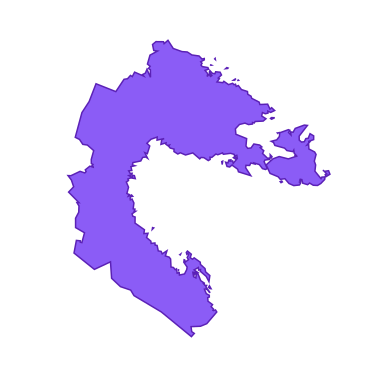 Zamboanga Sibugay, Zamboanga Sibugay, Philippines (Robinson projection), rotated 286°
{"feature_id": "2640588B82865823535715", "entity_name": "Zamboanga Sibugay", "entity_type": "district", "adm_level": 2, "iso_a3": "PHL", "parent_name": "Philippines", "parent_adm1": "Zamboanga Sibugay", "projection": "robinson", "projection_center": [122.765, 7.61], "detail": "fine", "context": "isolated", "style": "filled", "palette": "violet", "viewbox_px": 384, "rotation_deg": 286, "n_neighbors": 0, "source": "geoboundaries", "source_scale": "gbopen_adm2", "svg_char_len": 6129}
<svg xmlns="http://www.w3.org/2000/svg" viewBox="0 0 384 384"><g transform="rotate(286 192 192)"><path d="M56.7,233.2L57.7,230.2L62.3,228.2L65.3,237.2L69.5,242.5L83.5,248.9L85.1,247.1L84.0,245.5L84.0,244.8L85.4,244.9L87.0,242.0L89.4,242.8L91.4,237.5L94.8,236.2L95.8,237.6L97.5,237.1L98.2,233.8L102.0,230.7L102.7,232.0L102.1,234.0L100.4,236.3L100.2,237.2L104.7,231.4L106.2,231.8L105.9,230.1L107.3,228.0L107.7,228.1L107.7,229.0L107.8,229.0L109.2,224.8L115.0,220.3L114.6,218.7L110.5,219.4L111.0,216.9L115.1,214.9L116.3,219.5L117.7,215.5L121.2,218.9L118.8,219.9L119.8,221.6L118.1,221.8L114.8,228.9L110.5,233.0L116.6,232.2L119.0,227.1L122.0,225.6L124.7,220.1L126.8,219.3L129.3,212.2L127.6,211.1L128.3,208.4L132.0,208.5L134.0,203.9L132.3,203.2L130.7,204.2L131.8,205.0L130.9,206.1L127.7,205.4L126.0,207.3L123.0,205.0L124.7,203.7L124.7,203.1L122.2,203.5L118.5,208.0L115.9,208.3L111.2,207.4L108.7,202.8L111.0,201.9L109.9,200.1L113.8,198.3L112.7,197.3L114.3,195.0L114.1,192.5L121.7,189.9L123.1,188.0L123.2,184.0L128.6,184.1L124.3,180.4L126.4,178.7L126.1,175.8L131.0,173.2L130.8,171.2L132.8,170.4L131.3,166.9L133.4,166.0L135.7,160.9L140.2,161.1L138.8,157.2L142.6,156.7L146.4,145.8L152.3,144.2L152.4,141.8L154.5,140.4L158.0,143.2L157.7,141.7L159.8,141.9L159.6,140.1L165.4,139.2L168.7,136.3L167.5,134.9L168.8,134.3L170.5,134.2L171.5,136.2L172.5,134.7L170.4,131.9L172.3,132.3L172.6,129.8L179.1,129.7L183.5,126.1L185.5,127.8L186.8,126.8L188.7,129.3L189.2,133.8L191.9,132.1L191.6,130.0L189.4,130.8L190.4,126.8L191.8,129.3L193.5,129.3L192.8,127.5L194.9,125.3L196.1,128.2L199.5,126.3L201.5,129.8L201.6,127.3L204.0,127.1L207.7,134.2L211.6,135.0L212.9,137.9L212.2,140.0L216.8,135.8L216.5,138.5L224.6,138.7L226.4,135.2L231.4,138.0L235.2,143.4L232.2,144.1L235.7,150.5L233.9,148.5L229.2,149.0L232.1,153.5L230.8,153.6L229.9,155.8L230.9,157.4L229.5,157.0L228.2,159.0L228.3,162.9L225.9,163.5L224.6,167.9L226.5,170.0L225.8,175.6L229.8,182.0L226.0,190.3L227.7,191.2L228.3,194.0L226.7,199.0L228.3,200.5L230.4,199.7L230.7,201.5L235.1,204.5L234.9,206.5L238.0,210.6L236.9,211.7L239.8,218.4L239.8,222.1L238.5,223.0L239.6,225.0L236.7,226.3L230.9,223.7L233.1,222.5L232.2,220.3L233.6,220.4L232.8,218.6L229.8,218.5L229.9,216.1L226.2,218.6L226.4,221.3L228.9,223.0L226.5,229.6L224.2,231.1L223.9,244.0L230.1,236.9L232.5,236.5L233.4,240.1L236.1,240.6L236.2,244.6L237.0,243.8L236.9,249.2L233.9,253.3L233.9,256.5L235.3,257.8L241.1,252.9L242.8,253.3L244.4,256.9L248.5,249.2L251.5,249.6L253.4,245.4L254.6,246.7L255.8,244.1L255.2,238.2L250.6,236.6L249.3,233.5L251.1,231.2L258.4,229.8L259.6,218.3L264.7,216.3L270.0,219.0L272.8,223.9L272.4,227.8L274.0,231.4L275.5,231.0L275.5,232.8L277.2,233.3L279.8,240.9L282.8,242.9L284.3,238.0L287.8,237.8L287.4,240.9L288.8,243.3L290.6,242.6L290.2,245.7L293.1,249.0L295.0,245.3L293.2,244.1L297.3,240.5L294.8,233.1L296.9,231.8L298.5,223.6L300.4,222.3L301.3,218.7L303.9,217.6L304.1,211.3L307.1,207.2L305.7,205.4L307.6,204.1L306.7,202.8L307.7,201.1L305.3,197.5L307.2,192.1L305.6,191.5L304.7,185.7L308.5,187.1L308.8,185.8L312.6,188.1L314.9,186.0L314.1,181.6L312.0,181.4L311.7,178.9L313.6,175.8L312.0,175.6L309.4,179.0L308.2,178.0L309.8,176.0L307.2,174.7L310.0,174.6L312.5,171.0L314.6,174.1L316.0,173.0L315.4,167.3L316.5,165.7L318.5,166.2L319.6,164.5L322.4,167.4L323.7,167.0L322.6,164.9L324.7,161.3L323.7,154.1L325.3,148.9L324.2,143.6L324.8,134.4L331.2,127.1L326.9,124.3L328.6,123.2L326.6,115.9L322.9,113.4L317.5,116.2L318.0,120.0L312.0,113.9L302.7,113.9L301.3,117.1L298.7,116.1L298.1,118.3L290.8,120.5L297.5,114.9L293.4,114.4L291.3,112.1L290.1,113.7L291.4,103.8L286.5,102.8L287.1,100.7L283.1,98.8L281.6,95.6L267.5,91.1L269.6,69.9L250.6,68.2L238.0,64.3L212.4,64.7L211.5,69.4L207.7,73.9L208.3,78.5L204.7,86.1L195.5,86.2L191.6,87.4L191.2,89.2L189.5,88.5L189.4,89.8L188.6,90.2L188.7,86.7L183.9,83.3L182.4,84.6L180.8,83.7L181.0,78.7L174.3,71.1L173.6,68.3L170.2,72.8L164.4,76.8L157.9,73.4L150.6,86.3L150.1,84.3L147.4,87.2L141.3,88.7L134.7,87.3L125.7,89.9L123.2,99.9L113.0,100.1L112.9,98.5L114.3,98.1L113.6,94.2L100.8,95.4L90.7,119.5L102.4,132.9L86.9,138.5L81.3,149.3L80.8,160.1L76.4,164.8L68.3,195.4L52.8,231.3L56.7,233.2ZM265.5,259.1L262.6,254.2L262.1,256.7L259.6,258.8L259.7,268.9L258.0,271.8L258.6,277.9L260.3,278.3L257.4,279.6L255.0,283.5L256.0,280.4L254.7,281.8L250.4,275.5L250.1,266.0L246.3,260.8L238.5,255.8L231.4,261.9L230.4,270.6L228.5,273.4L230.4,277.6L226.9,282.9L226.2,288.1L228.4,293.4L230.7,294.0L231.2,292.6L232.6,293.8L233.0,292.4L234.1,292.5L234.2,294.2L231.0,296.0L230.9,301.1L233.0,302.6L231.9,306.7L232.9,310.9L235.7,313.5L240.6,316.1L243.2,315.7L242.1,312.7L240.4,312.3L245.9,304.4L252.1,303.4L255.3,301.1L262.3,300.9L264.3,298.8L265.6,292.5L269.7,291.1L268.8,289.6L272.6,291.4L272.4,290.4L272.9,290.3L275.9,294.5L279.5,293.5L280.6,289.4L275.7,288.9L274.7,286.7L271.3,286.1L270.2,283.5L271.4,280.8L275.2,279.6L287.8,284.6L287.3,281.5L281.6,273.7L277.3,272.7L277.0,270.2L274.1,271.4L275.8,268.4L278.3,269.1L278.5,267.5L273.1,260.0L269.5,260.7L265.5,259.1ZM248.3,313.5L246.5,316.6L245.5,315.3L243.9,316.8L247.1,319.7L250.1,317.4L248.3,313.5ZM237.0,225.5L237.9,223.4L236.4,222.3L235.6,224.9L237.0,225.5ZM249.4,256.9L246.8,257.7L246.6,258.9L248.0,259.2L249.4,256.9ZM284.3,247.2L283.9,248.5L286.2,251.0L285.4,247.8L284.3,247.2ZM229.4,212.2L226.7,213.5L230.1,213.0L229.4,212.2ZM105.0,234.2L104.1,235.9L104.3,237.0L106.7,234.6L105.0,234.2ZM146.9,163.9L145.1,164.1L146.9,165.1L146.9,163.9ZM226.3,273.9L225.5,275.0L226.6,276.1L227.3,275.2L226.3,273.9ZM319.8,190.3L320.6,192.3L321.1,192.5L321.2,191.2L319.8,190.3ZM313.1,202.9L310.9,201.0L311.0,201.4L311.6,201.9L311.4,202.3L313.1,202.9ZM246.3,257.6L245.9,256.8L245.2,257.7L246.3,257.6ZM244.8,315.9L243.9,315.9L243.3,316.2L244.8,315.9ZM114.4,216.7L113.6,217.3L114.8,217.5L114.4,216.7ZM325.8,177.9L326.8,177.4L326.2,177.1L325.8,177.9ZM272.0,258.3L272.7,258.6L272.3,257.8L272.0,258.3ZM129.2,198.2L128.4,197.6L128.3,198.1L129.2,198.2ZM312.4,205.7L311.6,204.8L312.2,206.0L312.4,205.7ZM249.6,312.5L248.5,312.4L248.1,312.4L249.6,312.5ZM319.5,174.4L319.0,175.2L319.3,175.8L319.5,174.4ZM114.1,200.5L113.4,200.4L113.2,200.6L114.1,200.5Z" fill="#8b5cf6" stroke="#5b21b6" stroke-width="1.5"/></g></svg>